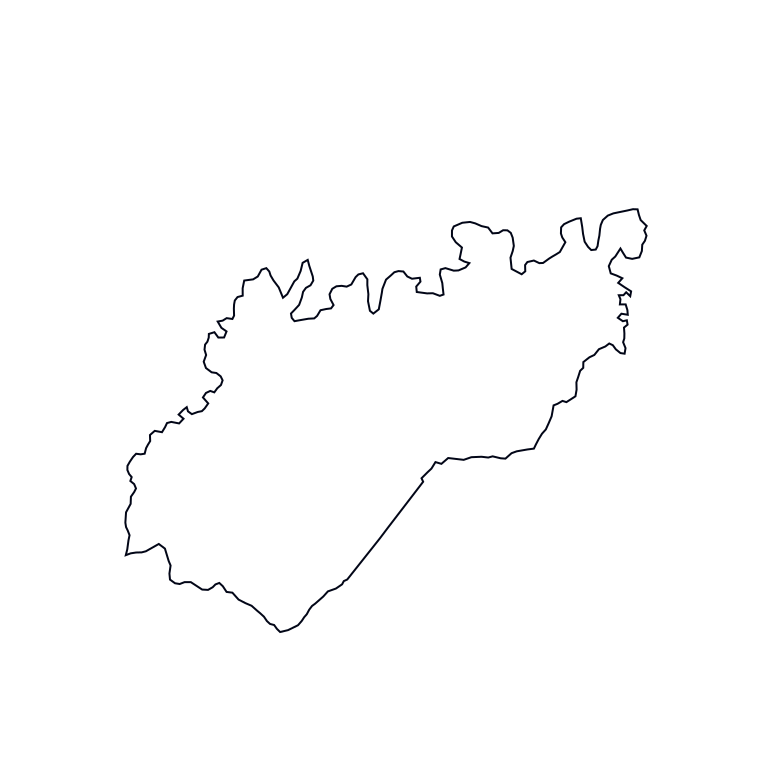 Coronel Vivida, Paraná, Brazil (Albers equal-area conic projection), rotated 127°
{"feature_id": "56859067B6845535054846", "entity_name": "Coronel Vivida", "entity_type": "district", "adm_level": 2, "iso_a3": "BRA", "parent_name": "Brazil", "parent_adm1": "Paraná", "projection": "albers", "projection_center": [-52.604, -25.993], "detail": "fine", "context": "isolated", "style": "outline", "palette": "ink", "viewbox_px": 768, "rotation_deg": 127, "n_neighbors": 0, "source": "geoboundaries", "source_scale": "gbopen_adm2", "svg_char_len": 4384}
<svg xmlns="http://www.w3.org/2000/svg" viewBox="0 0 768 768"><g transform="rotate(127 384 384)"><path d="M217.0,213.8L215.0,210.1L210.0,212.7L206.7,218.2L203.0,219.5L199.0,222.4L194.5,226.3L190.0,225.2L187.0,228.4L190.1,231.0L190.4,237.1L185.0,236.7L182.0,231.0L178.5,234.1L175.0,238.9L178.5,243.5L174.0,246.2L171.8,249.9L169.0,246.2L165.0,245.8L165.7,240.2L161.3,242.4L161.9,249.9L162.3,257.8L156.1,257.3L157.4,263.5L159.2,269.5L154.6,275.4L147.7,276.9L143.0,276.0L133.5,276.7L135.4,272.1L137.4,266.8L134.7,261.1L129.2,256.3L122.6,258.1L117.3,261.6L112.6,261.8L107.6,263.6L104.7,268.6L99.7,269.3L98.6,277.7L95.6,282.1L91.9,286.6L94.6,290.4L99.0,294.1L105.7,300.0L109.7,303.5L114.8,306.6L121.3,307.9L126.5,306.6L129.9,304.9L135.9,301.3L140.5,299.1L145.4,296.4L149.2,295.8L152.3,299.1L151.7,303.5L149.6,309.4L144.3,315.4L139.3,320.2L133.2,326.6L136.1,329.7L142.9,333.8L148.0,336.4L152.3,336.8L157.3,333.3L159.7,329.8L161.6,324.5L172.8,323.0L177.2,324.7L181.0,326.3L184.4,327.6L191.6,329.8L194.0,332.7L195.2,338.6L200.3,342.9L204.1,342.9L209.0,339.0L213.5,340.1L215.3,351.3L207.0,359.0L200.4,361.2L195.6,363.4L189.7,369.3L187.0,373.7L187.0,377.9L189.5,381.4L194.3,383.3L198.4,388.0L196.4,395.0L199.2,401.1L200.8,407.8L202.8,412.8L208.1,418.5L216.2,423.1L220.5,422.1L225.3,418.5L227.6,412.0L228.1,403.9L234.8,400.7L238.7,398.9L237.9,393.6L236.1,388.6L241.8,389.0L248.5,392.9L251.5,396.5L254.5,404.7L258.4,407.7L263.0,405.3L268.3,398.2L272.2,394.6L276.7,390.3L280.0,392.5L282.1,399.6L285.7,404.1L290.8,413.2L286.8,416.9L280.3,416.5L277.6,419.3L283.1,425.0L284.1,430.1L282.5,436.2L285.1,440.4L288.5,443.0L293.4,443.9L299.4,445.2L309.0,442.5L312.3,440.7L319.8,436.9L327.5,433.1L334.2,434.9L334.0,439.3L327.5,446.6L321.7,450.5L315.1,456.8L310.4,460.3L308.2,467.4L311.9,470.4L315.7,471.0L324.2,470.0L328.7,472.4L331.1,476.9L334.6,480.8L339.1,482.6L345.1,481.5L348.4,478.0L351.3,471.8L355.5,471.8L358.9,475.3L363.3,479.1L369.9,478.4L373.6,479.2L377.4,483.7L383.9,489.8L387.7,493.3L386.7,497.5L383.7,500.7L379.0,500.1L371.9,499.4L364.3,501.7L359.1,504.1L354.2,504.2L349.4,502.1L344.0,502.7L341.0,505.6L334.6,514.8L330.8,519.6L336.2,521.9L343.9,518.6L352.0,516.6L356.0,517.4L370.5,515.3L375.9,516.6L370.2,526.2L367.8,534.6L365.6,539.9L363.2,543.3L362.3,547.7L366.4,550.6L374.1,549.5L379.2,551.5L385.5,557.9L392.6,554.5L398.5,550.0L402.7,553.3L407.1,553.4L410.7,551.6L414.1,549.3L419.6,544.9L423.3,544.2L426.1,549.3L430.5,551.0L434.2,554.4L437.0,547.7L436.8,541.4L443.1,539.7L446.6,544.3L444.7,550.6L449.4,554.0L452.4,551.9L456.5,550.5L460.2,550.6L464.6,548.0L467.9,543.5L474.7,541.4L478.4,535.8L478.4,528.7L476.1,524.5L476.2,519.0L478.2,515.1L482.9,513.6L487.7,514.6L492.8,514.5L494.1,518.6L498.3,520.8L503.7,520.5L505.3,512.7L511.4,512.5L515.3,513.1L518.4,515.9L523.7,519.3L523.8,524.1L521.2,527.6L525.6,528.8L532.0,529.6L532.4,523.2L538.8,523.9L542.3,531.1L545.8,533.8L550.1,532.9L556.1,532.3L559.4,538.9L565.6,540.2L570.3,536.4L574.6,536.0L578.4,535.4L583.7,533.2L586.6,536.0L588.9,540.0L593.4,540.5L599.2,540.2L603.8,539.6L607.1,537.2L609.3,533.4L610.2,529.5L614.1,528.2L614.3,523.3L616.7,519.2L620.6,518.5L626.3,518.3L632.2,514.2L641.7,512.8L650.4,507.1L653.5,503.9L655.3,500.4L657.9,496.2L662.6,494.0L670.6,489.5L676.1,487.2L671.7,484.4L667.8,480.6L664.3,476.2L660.9,473.5L647.3,467.6L647.3,459.9L654.9,449.5L657.4,445.2L664.5,441.3L669.0,437.2L668.9,431.0L666.7,426.8L662.2,424.0L658.5,419.1L657.6,405.5L654.3,400.6L649.4,398.5L645.5,398.0L642.0,395.8L642.5,391.0L644.8,384.6L641.9,379.5L643.7,370.4L642.4,362.8L640.8,356.3L641.4,349.0L641.6,344.9L642.1,339.8L643.8,334.8L644.2,330.6L642.6,326.7L644.0,322.2L644.6,317.7L638.3,312.5L628.4,307.5L622.7,307.1L618.2,307.4L614.4,307.1L609.3,307.9L604.6,307.9L600.9,306.8L590.3,304.6L583.4,304.0L576.3,299.3L569.2,296.9L565.6,297.5L562.3,295.7L509.9,294.4L496.2,294.4L438.5,293.9L436.7,297.3L428.2,296.1L423.0,295.2L415.4,295.9L413.2,290.1L404.5,288.2L396.6,274.7L389.9,270.2L383.4,262.3L380.0,256.5L376.4,253.7L373.1,246.1L370.5,242.1L362.5,240.5L357.9,237.5L349.9,230.0L345.4,225.4L340.9,226.3L334.9,227.3L328.6,227.9L322.9,227.4L316.2,228.9L308.9,230.7L299.0,235.7L295.4,233.5L290.1,231.3L288.7,227.4L278.6,223.7L272.6,226.8L266.8,231.4L261.6,233.1L255.4,235.3L251.2,234.6L246.5,238.0L239.0,236.0L234.2,233.5L226.9,233.3L220.8,229.8L216.1,228.5L215.3,224.6L216.8,219.7L217.0,213.8Z" fill="none" stroke="#020617" stroke-width="2"/></g></svg>